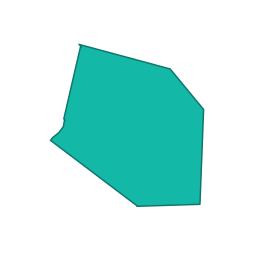 outline of Piton Flore, Castries, Saint Lucia, rotated 163°
{"feature_id": "8701671B72718235306176", "entity_name": "Piton Flore", "entity_type": "district", "adm_level": 2, "iso_a3": "LCA", "parent_name": "Saint Lucia", "parent_adm1": "Castries", "projection": "robinson", "projection_center": [-60.943, 13.965], "detail": "fine", "context": "isolated", "style": "filled", "palette": "teal", "viewbox_px": 256, "rotation_deg": 163, "n_neighbors": 0, "source": "geoboundaries", "source_scale": "gbopen_adm2", "svg_char_len": 468}
<svg xmlns="http://www.w3.org/2000/svg" viewBox="0 0 256 256"><g transform="rotate(163 128 128)"><path d="M205.7,138.8L143.7,53.1L143.0,52.3L142.0,50.9L142.2,50.5L141.9,50.4L81.6,34.0L80.3,37.4L79.6,39.4L50.7,122.4L50.3,123.6L70.4,172.1L70.6,172.2L149.8,221.9L150.1,222.0L148.7,218.3L149.8,219.3L151.2,216.9L162.0,198.3L186.7,155.5L186.0,154.2L186.4,154.2L189.3,148.4L195.4,143.8L203.0,140.8L205.7,138.8Z" fill="#14b8a6" stroke="#0f766e" stroke-width="1.5"/></g></svg>